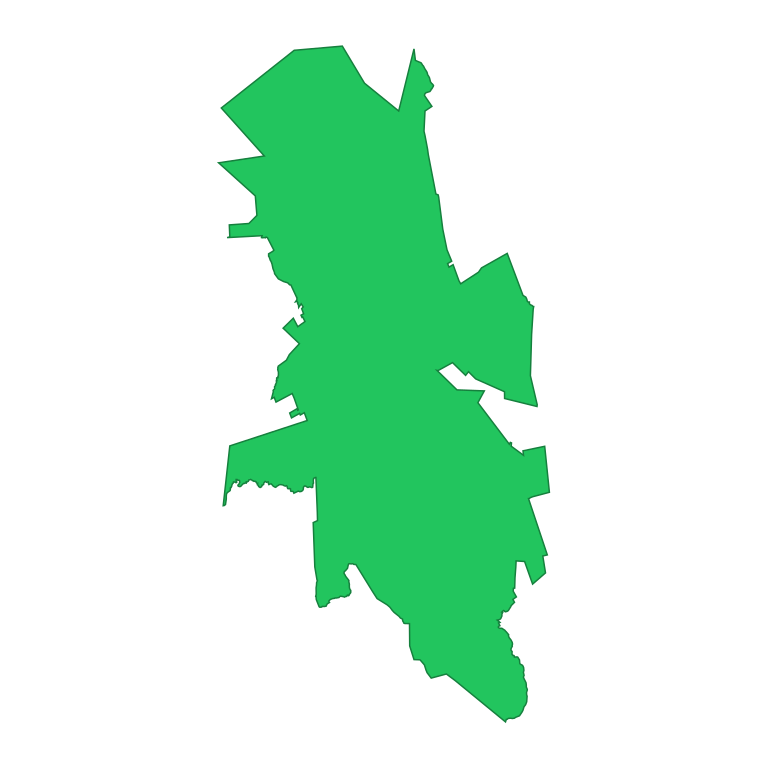 Guadalupe Victoria, Durango, Mexico
{"feature_id": "50627088B98366659289932", "entity_name": "Guadalupe Victoria", "entity_type": "district", "adm_level": 2, "iso_a3": "MEX", "parent_name": "Mexico", "parent_adm1": "Durango", "projection": "equal_earth", "projection_center": [-104.099, 24.401], "detail": "fine", "context": "isolated", "style": "filled", "palette": "green", "viewbox_px": 768, "rotation_deg": 0, "n_neighbors": 0, "source": "geoboundaries", "source_scale": "gbopen_adm2", "svg_char_len": 6093}
<svg xmlns="http://www.w3.org/2000/svg" viewBox="0 0 768 768"><path d="M507.2,253.4L481.5,267.9L478.5,272.2L460.7,283.8L459.0,280.9L453.1,264.7L449.0,267.1L447.6,263.6L451.7,261.2L447.0,249.8L442.8,229.3L438.7,197.2L438.2,194.9L435.9,194.0L428.3,154.6L427.6,149.4L425.0,135.6L424.0,131.2L425.0,111.0L431.9,106.4L424.5,95.6L424.7,94.5L425.0,93.6L426.1,92.7L429.9,91.5L430.9,90.2L431.3,89.1L431.8,88.9L433.3,86.3L433.5,85.5L432.9,84.6L432.3,83.9L431.7,83.5L430.5,81.9L429.5,77.9L428.7,76.3L427.8,75.1L427.0,72.2L424.6,68.4L423.5,66.1L422.7,65.3L421.2,62.9L415.4,60.4L414.0,48.9L398.7,111.0L364.5,83.2L342.3,46.1L294.2,50.3L221.3,108.0L264.3,156.0L218.6,162.8L255.3,195.9L256.9,215.4L248.9,223.5L229.3,224.9L229.8,236.9L227.1,237.6L262.1,235.7L261.5,237.6L262.1,237.8L264.3,237.6L265.5,237.8L265.8,237.2L266.2,237.1L267.4,237.6L273.9,250.2L272.8,251.3L268.6,253.8L268.6,256.2L269.2,257.1L270.3,260.3L271.1,261.5L272.0,264.0L273.0,268.7L274.4,272.2L274.6,273.7L278.4,278.9L283.7,281.6L287.7,282.8L289.6,284.8L290.9,285.0L296.6,297.3L296.9,297.4L296.9,299.9L295.5,301.8L297.1,301.5L297.9,302.9L297.6,303.5L298.7,305.7L298.6,306.0L298.7,307.4L301.2,303.8L303.2,306.9L301.7,308.7L303.6,313.8L301.0,315.2L302.0,317.4L302.7,317.0L305.0,321.5L297.8,326.7L293.3,318.2L283.1,328.2L299.4,343.7L289.4,354.5L286.4,360.2L278.3,366.1L277.8,367.7L277.9,368.7L277.7,369.5L278.4,372.1L278.4,375.3L278.0,376.4L278.2,376.9L277.9,377.6L277.6,377.3L277.2,377.8L276.7,377.9L276.6,379.5L277.0,380.2L277.0,380.7L276.7,380.9L276.5,380.4L276.3,380.7L276.5,382.5L275.4,384.7L275.6,385.0L275.5,385.5L274.6,386.5L274.5,387.1L274.7,388.2L274.5,389.1L273.5,389.8L273.1,390.5L273.3,391.8L271.5,398.8L274.2,397.3L276.0,402.1L292.2,393.5L294.2,398.2L298.3,409.9L297.7,410.3L297.0,408.7L289.7,413.0L291.5,417.9L299.6,413.4L300.3,415.0L304.3,412.7L307.2,420.5L229.8,445.9L223.2,505.7L224.3,505.5L225.5,504.5L226.3,499.0L226.3,495.9L226.6,493.6L227.6,492.4L230.1,490.6L230.4,489.0L230.3,488.2L230.5,487.6L231.0,487.6L231.6,486.5L232.0,484.8L232.3,484.0L233.1,483.2L233.5,481.9L235.7,482.3L236.0,482.7L236.7,482.4L236.7,481.9L236.2,480.9L236.1,479.5L237.2,479.5L237.8,480.3L238.8,480.2L239.5,480.5L239.8,482.3L239.2,483.4L239.1,484.1L238.2,484.7L237.9,485.6L238.3,486.2L239.4,486.6L240.1,486.6L240.9,486.2L242.4,484.5L243.7,483.4L244.3,483.5L245.2,483.0L246.3,483.1L246.4,482.7L246.1,481.9L246.4,481.7L247.0,482.0L248.3,481.3L248.6,480.7L248.6,480.2L248.9,479.9L250.2,479.7L250.7,479.4L251.9,480.1L252.4,480.7L253.5,480.8L253.8,481.3L255.1,481.3L256.2,481.9L256.2,482.5L256.6,483.0L257.3,483.5L257.6,483.4L257.3,484.7L258.3,485.4L258.6,486.5L260.1,487.5L261.5,486.8L261.6,486.3L262.1,485.7L262.0,485.2L262.4,485.1L263.6,484.5L263.8,483.0L265.1,481.4L266.6,482.3L268.2,481.8L268.5,483.0L268.4,483.6L268.9,484.6L270.1,484.0L271.3,483.9L273.3,486.2L275.3,487.3L276.3,486.9L277.3,485.9L278.6,485.3L279.2,484.7L280.9,484.6L283.0,485.0L284.1,485.7L285.4,486.1L286.6,485.7L287.2,486.5L287.3,487.6L287.8,488.6L289.1,488.8L289.9,488.5L290.5,488.9L290.5,490.2L290.9,491.3L292.9,491.4L293.6,492.1L293.9,493.2L298.3,491.1L299.8,491.7L301.4,491.4L302.7,490.5L303.3,489.2L303.4,487.3L304.4,486.0L305.7,486.1L307.4,487.3L308.4,487.3L309.8,486.8L311.9,487.6L312.7,487.2L313.0,483.7L313.5,483.1L313.3,480.8L313.6,478.4L315.3,477.5L315.9,477.5L317.3,512.1L317.5,520.6L313.2,522.6L314.8,566.9L317.0,580.0L317.4,580.2L317.3,581.0L316.6,582.6L316.5,585.0L316.1,587.8L316.2,594.2L315.7,596.5L316.1,596.7L316.1,597.2L316.3,599.6L319.1,606.7L319.7,607.2L321.2,607.2L322.2,606.4L322.7,606.6L322.9,606.4L324.5,606.5L326.2,606.1L326.6,605.0L327.3,603.8L329.5,602.5L328.9,601.7L328.9,601.0L329.2,600.6L330.3,599.5L332.5,598.6L334.7,598.3L335.1,597.9L336.3,598.0L339.0,597.5L339.9,596.5L340.6,596.2L343.6,596.7L344.4,597.1L345.7,596.5L346.7,596.4L347.2,595.4L347.4,595.5L347.9,595.1L348.6,595.7L348.9,595.5L349.6,594.1L350.7,592.7L350.8,591.0L350.7,590.3L350.2,589.8L349.5,588.2L349.3,586.0L349.4,584.3L348.8,581.6L348.9,580.5L345.5,576.1L345.3,575.4L344.0,573.4L344.1,572.3L344.4,571.4L345.3,570.9L347.5,568.3L348.2,565.1L348.6,564.0L349.1,563.7L351.3,563.9L352.8,563.7L353.8,564.4L355.9,564.5L372.6,591.6L377.1,598.6L387.1,604.8L389.0,606.4L390.0,607.3L392.2,610.3L394.1,612.4L399.0,616.3L400.4,618.0L402.5,619.1L402.7,621.0L403.2,621.5L403.8,623.1L404.8,623.5L409.5,623.6L409.7,645.9L414.0,659.6L419.8,659.8L420.2,660.0L424.4,664.9L426.0,670.0L427.1,672.7L431.2,678.1L446.4,674.0L455.2,680.6L505.5,721.9L506.3,719.4L507.1,719.3L508.3,718.4L510.5,718.2L512.4,718.5L514.3,718.2L515.9,717.2L519.5,715.8L522.0,712.1L522.9,710.4L524.0,706.8L525.6,704.7L526.7,701.8L527.1,696.1L526.7,695.1L526.5,692.6L527.3,689.9L527.2,689.1L526.3,687.0L526.3,684.9L526.0,682.7L523.5,677.6L523.6,676.4L524.1,675.4L523.4,672.4L523.9,670.3L523.6,667.5L523.1,666.3L522.5,665.3L520.3,664.1L519.8,663.5L519.5,660.0L517.8,657.2L517.1,656.9L514.4,657.1L514.3,656.1L514.0,655.6L513.7,655.4L513.0,655.5L512.0,654.3L512.1,651.4L511.3,650.7L511.0,649.9L511.1,648.5L512.3,646.2L512.1,645.4L512.4,644.7L512.5,643.9L512.2,642.3L511.0,640.0L509.1,637.6L508.4,635.6L508.7,634.8L506.5,632.1L505.1,630.7L505.0,630.4L501.9,628.3L499.7,628.3L498.4,627.6L498.3,626.9L498.8,626.2L499.9,625.7L498.5,623.0L500.0,622.4L497.2,620.1L499.6,619.5L500.7,618.7L501.9,616.0L501.9,614.1L502.7,612.4L501.8,612.1L503.5,610.5L504.2,610.7L504.8,611.5L505.4,611.8L507.0,611.4L508.3,610.6L510.9,606.5L511.0,605.8L514.5,602.3L512.9,599.4L516.4,596.9L513.2,591.2L513.4,588.3L514.7,588.1L515.0,577.7L515.8,567.2L516.1,560.9L524.6,561.5L532.6,584.1L545.5,572.9L542.8,556.0L547.3,554.9L528.5,498.6L529.1,498.6L530.5,497.6L532.8,496.7L549.4,492.3L544.7,446.3L523.0,450.8L523.5,455.3L511.2,446.2L511.5,442.9L510.3,442.4L509.3,444.2L477.9,402.7L484.3,390.9L457.0,389.9L437.0,370.4L438.0,370.6L452.5,362.6L465.6,375.4L468.5,371.7L475.7,378.9L504.5,391.7L504.6,398.5L537.0,406.5L537.2,404.7L530.4,375.7L531.6,334.6L533.2,309.2L533.7,306.5L532.7,306.3L532.1,305.5L530.5,304.8L529.4,303.8L529.4,302.0L528.3,302.1L527.3,301.3L526.8,299.2L525.8,297.1L523.0,295.4L507.2,253.4Z" fill="#22c55e" stroke="#15803d" stroke-width="1.5"/></svg>